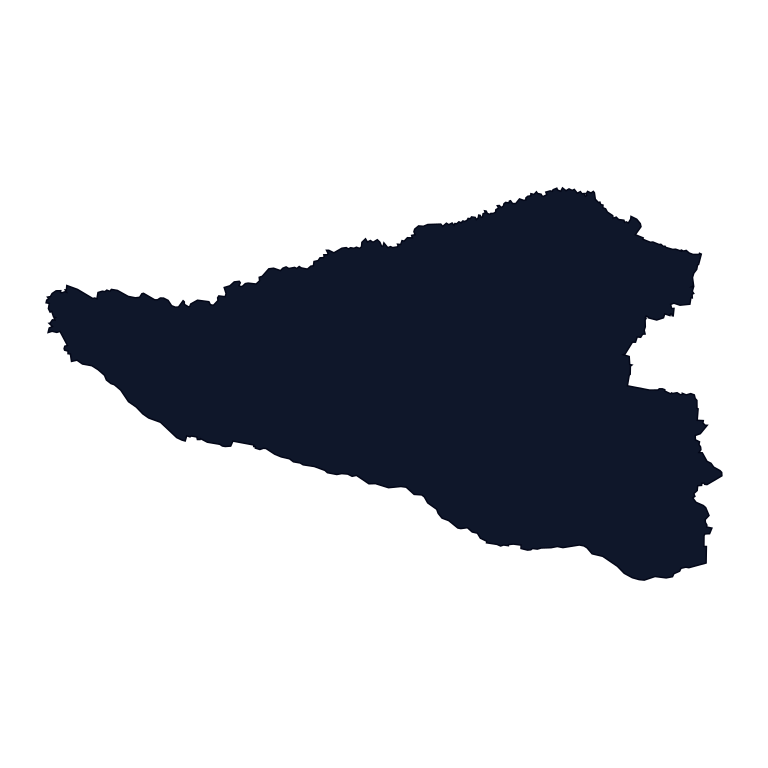 outline of Nong Ya Sai, Suphan Buri, Thailand
{"feature_id": "78962969B37617655473411", "entity_name": "Nong Ya Sai", "entity_type": "district", "adm_level": 2, "iso_a3": "THA", "parent_name": "Thailand", "parent_adm1": "Suphan Buri", "projection": "albers", "projection_center": [99.839, 14.777], "detail": "fine", "context": "isolated", "style": "filled", "palette": "ink", "viewbox_px": 768, "rotation_deg": 0, "n_neighbors": 0, "source": "geoboundaries", "source_scale": "gbopen_adm2", "svg_char_len": 6082}
<svg xmlns="http://www.w3.org/2000/svg" viewBox="0 0 768 768"><path d="M48.1,332.5L52.1,331.3L56.8,332.4L60.0,331.4L67.5,345.5L64.8,346.2L64.1,348.6L64.6,350.2L68.0,351.1L68.0,353.7L70.4,354.0L71.5,361.4L77.0,360.2L82.4,364.0L91.8,365.7L98.1,369.7L104.5,375.3L106.4,380.0L111.0,383.6L114.3,384.7L120.7,390.1L128.5,401.7L136.3,407.1L142.8,413.9L148.7,418.0L160.5,422.3L176.7,437.6L182.0,440.1L185.2,441.0L186.7,435.8L190.0,436.9L191.3,436.0L196.8,437.0L197.4,439.5L200.1,439.5L200.5,438.6L207.3,442.2L219.8,444.3L222.3,446.0L225.2,446.5L230.7,446.1L232.9,441.1L253.8,445.0L253.7,446.5L255.3,446.6L255.3,448.1L259.9,449.5L263.4,448.3L266.0,448.5L274.7,454.2L281.2,456.9L289.5,458.8L293.4,461.8L300.2,463.0L303.1,464.8L314.3,466.5L324.9,470.4L327.4,472.7L336.8,474.5L341.7,473.6L347.8,474.1L352.1,476.3L356.5,475.4L368.9,483.8L375.4,483.6L388.5,487.7L400.9,486.5L406.2,487.2L414.1,494.4L421.7,494.9L424.3,496.9L427.7,502.9L436.7,509.3L438.2,513.4L442.0,518.1L448.7,520.6L457.8,528.0L460.8,528.6L467.4,527.7L472.2,532.0L477.4,533.2L480.4,538.2L486.8,541.3L486.5,542.8L497.0,544.4L500.6,546.0L503.6,545.0L508.4,545.7L508.4,544.6L513.3,544.1L521.1,545.1L521.0,548.5L527.5,550.1L530.8,549.8L532.5,548.5L537.4,549.1L541.2,548.0L551.1,547.7L557.3,546.5L562.9,547.6L579.3,545.0L583.9,545.9L587.0,547.8L592.1,553.8L602.7,556.3L617.4,566.3L624.2,573.3L632.3,577.7L639.1,579.6L644.3,580.1L655.0,576.5L666.2,577.9L672.5,576.7L673.9,573.7L679.6,571.2L681.0,568.3L685.8,567.2L688.9,567.7L706.1,563.0L706.4,546.5L703.9,546.4L704.0,535.5L705.1,533.9L709.6,533.7L711.9,528.1L706.6,527.0L706.9,525.1L705.4,522.4L705.2,519.6L709.0,515.5L705.7,507.6L703.3,505.5L696.0,502.3L692.7,497.8L694.9,496.4L693.8,493.6L697.2,490.5L697.7,485.7L701.6,485.4L701.8,483.2L704.1,483.1L704.6,484.3L707.0,484.6L721.9,475.8L721.7,472.4L720.0,470.6L713.7,467.1L711.0,463.3L707.0,461.3L702.3,452.8L698.9,452.5L700.9,449.8L700.6,447.0L699.0,444.5L699.5,441.8L695.4,439.8L695.2,435.5L700.3,433.7L707.2,425.3L705.1,425.2L702.9,423.0L703.3,420.6L697.2,420.3L698.1,408.8L697.0,408.3L696.9,400.4L695.2,398.5L694.3,394.9L690.7,393.6L686.2,394.9L682.3,393.3L682.3,394.4L680.3,394.7L677.1,392.7L672.6,393.5L671.6,392.9L670.6,393.8L664.8,391.1L664.8,389.7L662.3,388.8L659.3,388.8L657.9,390.0L649.7,390.1L627.4,385.8L629.2,375.2L630.2,374.3L630.4,366.2L631.9,365.0L629.7,364.5L629.2,356.5L623.2,354.7L625.2,353.8L632.4,342.2L635.5,342.2L637.2,336.9L640.7,337.3L642.6,334.2L645.1,334.0L644.2,330.2L645.3,326.8L645.1,320.2L646.1,318.2L645.2,317.8L646.2,316.0L648.4,317.0L648.3,317.8L656.7,320.0L663.5,317.8L664.7,313.9L670.0,315.6L670.5,313.8L671.8,314.1L672.1,315.7L673.2,315.9L674.0,308.4L671.6,308.5L670.6,304.4L673.9,303.2L680.0,305.2L689.9,304.2L690.9,297.7L692.3,297.9L692.1,294.1L693.7,293.5L692.3,291.3L693.6,286.8L691.6,286.8L693.6,285.6L692.5,277.5L693.8,273.2L696.7,269.4L697.5,265.1L698.6,264.4L701.3,254.1L699.5,253.3L699.2,254.4L692.9,254.4L689.2,253.0L686.2,250.4L683.6,251.1L681.4,250.1L681.4,251.2L675.7,249.2L672.7,249.4L665.8,247.4L665.0,246.2L663.3,246.4L660.9,244.3L659.0,244.5L652.9,242.0L650.4,242.3L642.7,239.2L643.2,237.9L635.3,234.7L641.0,226.7L640.3,223.6L636.7,219.2L631.0,216.4L630.7,219.1L628.3,223.0L626.4,221.9L624.6,222.4L623.9,220.2L618.6,219.5L616.2,217.1L613.1,218.3L612.7,215.6L607.3,212.0L605.6,208.8L602.8,207.7L603.0,205.1L600.7,204.5L599.9,202.1L598.4,202.5L595.3,199.2L594.4,192.7L593.3,191.4L591.0,193.0L587.6,191.4L586.3,193.7L586.7,195.3L585.5,196.3L584.6,195.3L584.9,193.5L581.9,193.7L580.4,191.6L577.3,193.2L574.3,189.4L572.2,190.4L569.0,188.9L566.0,190.7L562.5,187.9L560.7,191.3L557.5,190.0L556.8,188.2L553.1,189.7L552.3,191.3L550.1,190.9L545.8,192.1L546.8,194.7L543.5,196.4L542.0,196.0L541.1,194.2L537.6,193.5L536.4,191.8L534.1,194.4L530.9,193.7L530.8,195.8L527.7,196.3L525.9,197.9L525.8,200.0L523.8,200.4L519.5,198.9L515.7,203.6L512.5,203.5L510.5,200.7L509.4,201.1L508.9,202.9L505.6,202.4L504.0,203.7L503.4,206.1L501.2,207.5L499.3,205.5L497.3,205.7L498.6,208.1L495.9,209.6L495.5,212.3L493.3,213.4L490.8,213.4L490.2,214.3L487.4,213.6L486.2,211.1L484.6,210.8L485.3,212.9L483.1,213.7L482.5,217.1L481.3,217.4L480.1,215.3L478.7,215.1L478.3,217.8L476.3,219.6L475.2,217.4L471.5,216.9L470.4,218.7L468.1,218.4L467.1,220.3L464.7,221.5L462.9,220.9L461.1,222.8L458.9,221.8L456.7,223.8L454.9,223.5L454.0,225.4L452.1,223.0L448.8,224.7L446.4,223.2L442.7,226.4L440.8,224.1L427.8,224.5L423.4,226.3L418.6,225.9L414.7,229.1L413.9,231.7L415.1,234.7L411.6,235.4L412.4,237.9L407.4,237.7L404.2,241.1L402.0,240.6L400.7,244.5L397.5,244.2L398.1,246.0L397.3,246.9L392.6,247.6L390.5,246.6L387.8,247.7L383.9,242.9L383.1,246.0L381.6,246.3L379.9,242.2L377.3,239.7L373.0,242.3L370.4,240.5L367.4,242.0L365.5,238.8L361.9,242.3L361.5,246.8L359.6,248.4L356.4,247.2L354.0,248.3L350.6,247.7L348.3,248.9L346.3,247.6L341.9,248.2L333.9,252.8L328.8,250.3L326.5,250.3L328.1,253.4L327.4,254.7L323.8,254.8L324.2,256.5L323.4,257.6L320.0,257.8L318.1,260.6L314.0,261.5L313.4,265.8L310.9,266.1L307.4,269.1L301.3,267.9L299.2,266.5L296.8,268.5L294.6,267.4L288.8,268.5L286.1,266.9L282.8,268.2L280.5,270.6L273.6,268.2L268.8,268.8L262.2,276.3L259.2,277.3L259.6,280.8L256.1,284.0L248.1,283.1L245.3,283.6L242.3,286.4L240.7,286.5L238.9,285.7L240.3,282.8L239.3,281.3L234.2,281.9L229.9,285.8L224.2,287.5L226.1,293.7L225.1,296.7L218.8,295.9L217.6,297.8L218.0,300.5L213.4,305.3L210.4,304.7L208.9,301.7L197.5,300.2L190.7,304.0L189.8,306.4L188.6,306.9L184.4,304.4L184.3,301.8L183.1,300.7L178.5,307.0L175.4,307.2L171.6,305.7L168.1,300.4L163.6,298.1L160.3,298.0L157.5,299.8L154.7,299.8L143.5,293.3L141.9,293.7L139.6,297.3L135.4,297.8L128.2,296.4L117.4,290.4L111.4,289.4L109.8,291.3L106.8,290.1L105.0,291.6L102.3,291.2L98.0,292.5L96.9,298.8L94.7,298.0L92.8,298.5L77.5,289.4L66.8,285.5L66.4,289.9L65.2,289.9L66.6,292.3L64.9,291.8L61.9,292.8L60.5,292.5L60.8,290.7L56.1,290.8L52.1,293.5L50.4,296.6L47.5,297.1L48.8,298.7L46.7,300.1L46.1,302.8L49.3,303.4L48.4,308.6L50.1,312.1L51.7,311.3L53.5,316.7L55.3,317.5L54.1,318.0L54.9,320.2L52.4,319.8L50.2,323.1L49.1,323.3L52.4,326.5L49.2,328.0L48.1,332.5Z" fill="#0f172a" stroke="#020617" stroke-width="1.5"/></svg>